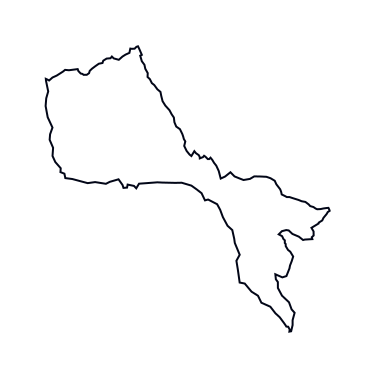 Koilineia, Paphos, Cyprus, rotated 352°
{"feature_id": "46923920B51362656618106", "entity_name": "Koilineia", "entity_type": "district", "adm_level": 2, "iso_a3": "CYP", "parent_name": "Cyprus", "parent_adm1": "Paphos", "projection": "natural_earth1", "projection_center": [32.649, 34.878], "detail": "fine", "context": "isolated", "style": "outline", "palette": "ink", "viewbox_px": 384, "rotation_deg": 352, "n_neighbors": 0, "source": "geoboundaries", "source_scale": "gbopen_adm2", "svg_char_len": 2765}
<svg xmlns="http://www.w3.org/2000/svg" viewBox="0 0 384 384"><g transform="rotate(352 192 192)"><path d="M63.0,59.6L62.9,61.5L63.6,72.4L60.7,78.9L59.0,86.5L59.5,97.9L62.8,108.8L59.5,115.1L58.3,120.5L60.6,128.9L58.9,136.9L60.8,143.3L65.3,150.2L64.5,154.0L68.2,156.1L68.5,160.6L75.3,162.5L89.9,168.7L97.4,168.7L107.9,171.9L112.0,170.5L121.0,169.2L124.2,175.4L124.7,178.4L128.3,178.6L129.3,175.7L135.4,177.9L137.3,180.6L140.7,176.4L151.2,177.1L159.0,177.6L164.3,178.6L176.5,180.6L183.1,181.4L192.3,185.6L196.7,189.8L201.3,194.5L203.7,202.1L206.9,201.7L215.2,207.6L217.4,213.5L219.1,221.2L222.5,230.4L226.6,235.3L227.3,244.2L227.3,248.4L230.5,260.8L226.4,266.3L226.6,275.4L226.6,288.3L231.5,290.0L237.1,299.0L242.9,303.9L245.3,311.3L253.6,316.5L257.7,323.7L261.4,328.2L264.9,334.6L266.1,337.0L266.7,338.4L268.5,338.8L269.6,341.8L269.0,343.8L270.8,343.7L273.1,337.8L273.8,332.9L276.8,325.9L274.3,322.1L272.7,314.7L266.7,307.2L263.7,299.0L264.5,293.1L262.9,290.1L263.1,285.1L269.6,289.1L273.8,288.4L277.9,281.2L278.8,278.5L281.1,274.4L283.2,270.0L281.0,264.8L279.0,262.7L277.3,258.7L277.5,256.5L276.8,255.4L277.2,252.8L276.0,251.3L275.1,248.3L272.0,246.0L275.6,243.3L280.0,242.8L282.4,243.5L285.6,247.5L286.6,248.1L291.6,251.1L295.3,255.0L297.2,254.8L304.6,255.4L304.3,253.5L306.4,252.0L306.9,248.0L305.3,244.1L313.0,240.8L313.2,240.0L317.0,238.3L318.6,235.9L322.4,232.4L323.6,230.8L325.7,229.8L325.5,228.6L324.9,226.7L323.4,226.6L319.8,226.6L317.0,226.8L313.6,226.5L312.1,225.6L310.2,223.8L307.1,222.4L305.8,220.5L302.9,217.6L299.3,216.4L296.4,214.7L294.7,213.9L290.7,212.0L287.9,210.6L285.2,210.2L283.3,208.8L280.5,206.9L280.3,204.2L279.7,201.6L276.6,196.1L275.5,192.4L271.7,189.3L267.8,187.3L261.5,186.1L255.8,185.2L251.2,187.1L244.7,187.3L240.6,185.0L236.3,182.5L232.8,177.8L226.9,181.3L222.3,182.7L221.4,174.9L219.7,169.3L217.9,166.2L216.6,163.1L215.1,160.6L213.6,161.8L212.2,161.6L210.3,159.0L209.0,157.8L207.7,159.0L204.4,159.8L204.5,158.3L203.8,156.4L201.3,154.1L200.0,151.9L196.4,156.3L194.8,154.6L192.4,150.6L190.7,145.3L192.4,141.0L191.3,138.4L191.0,135.9L190.5,133.3L188.8,128.1L185.5,125.0L184.3,120.5L184.4,115.7L182.7,112.3L181.1,107.9L177.6,102.7L175.5,98.0L174.9,92.3L174.7,88.5L172.0,85.5L169.5,80.8L167.4,78.6L166.0,74.4L164.0,71.9L164.7,68.1L162.9,63.5L162.6,59.4L160.5,55.5L159.7,49.8L161.4,49.2L159.6,42.7L158.8,40.2L157.2,40.5L155.1,42.1L152.1,41.8L150.9,41.4L150.6,42.1L149.4,45.5L145.3,46.7L142.0,48.2L137.9,50.9L133.1,48.8L131.5,46.7L129.9,48.2L126.0,48.0L122.4,49.6L121.3,51.8L117.6,52.0L113.7,54.0L110.1,56.0L107.6,57.8L106.6,60.0L104.1,61.3L101.0,60.9L99.9,59.8L98.3,59.2L96.3,56.4L95.9,54.4L87.1,54.3L83.3,53.4L81.0,54.8L74.2,57.9L69.8,59.2L66.0,61.7L64.4,60.5L63.0,59.6L63.0,59.6Z" fill="none" stroke="#020617" stroke-width="2"/></g></svg>